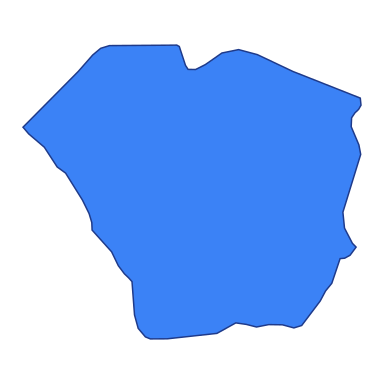 map outline of Oudalan (Natural Earth projection)
{"feature_id": "BFA-2805", "entity_name": "Oudalan", "entity_type": "Province", "adm_level": 1, "iso_a3": "BFA", "parent_name": "Burkina Faso", "parent_adm1": "", "projection": "natural_earth1", "projection_center": [-0.325, 14.611], "detail": "fine", "context": "isolated", "style": "filled", "palette": "blue", "viewbox_px": 384, "rotation_deg": 0, "n_neighbors": 0, "source": "natural_earth", "source_scale": "10m", "svg_char_len": 846}
<svg xmlns="http://www.w3.org/2000/svg" viewBox="0 0 384 384"><path d="M176.8,45.1L179.3,46.5L185.5,65.4L188.1,69.4L195.6,69.5L205.3,64.6L221.9,53.0L238.6,49.6L257.3,54.6L293.0,71.5L360.3,98.1L361.0,105.2L358.6,109.4L354.9,112.9L351.6,117.8L351.2,126.7L358.9,144.9L360.7,154.4L342.9,212.2L344.5,228.1L352.4,243.3L356.1,247.1L350.1,255.2L344.7,258.2L340.1,258.6L331.8,283.3L325.6,290.9L320.2,301.0L301.7,325.5L293.9,327.9L282.4,324.8L268.7,324.6L256.5,327.0L246.3,324.4L235.8,322.9L216.9,333.4L167.2,338.8L150.3,338.9L145.4,336.9L138.2,328.4L134.5,314.9L132.0,281.6L128.6,277.8L124.4,273.8L118.3,265.7L111.6,251.8L92.1,230.1L91.8,222.6L89.1,213.6L82.4,200.0L65.6,173.1L57.2,167.0L44.3,147.2L28.7,133.9L23.0,127.2L78.3,71.4L92.7,55.0L95.8,52.4L100.7,48.3L109.5,45.6L168.2,45.2L176.8,45.1Z" fill="#3b82f6" stroke="#1e3a8a" stroke-width="1.5"/></svg>